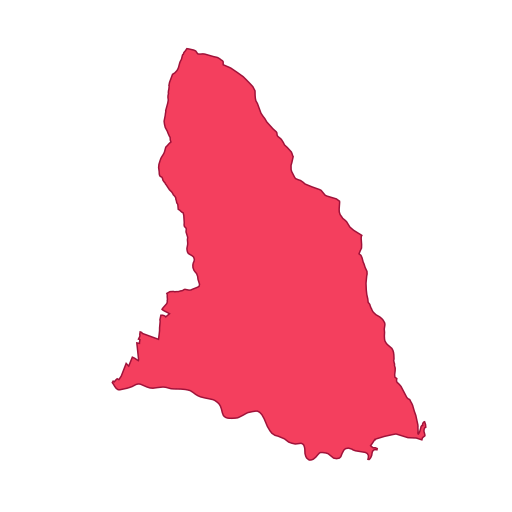 outline of Ideciu De Jos, Mures, Romania, rotated 265°
{"feature_id": "2599482B36983639581980", "entity_name": "Ideciu De Jos", "entity_type": "district", "adm_level": 2, "iso_a3": "ROU", "parent_name": "Romania", "parent_adm1": "Mures", "projection": "robinson", "projection_center": [24.799, 46.828], "detail": "fine", "context": "isolated", "style": "filled", "palette": "rose", "viewbox_px": 512, "rotation_deg": 265, "n_neighbors": 0, "source": "geoboundaries", "source_scale": "gbopen_adm2", "svg_char_len": 6056}
<svg xmlns="http://www.w3.org/2000/svg" viewBox="0 0 512 512"><g transform="rotate(265 256 256)"><path d="M189.8,135.4L190.3,134.5L190.5,134.0L188.1,133.4L186.6,133.4L185.6,133.0L183.7,131.8L183.4,131.7L183.3,132.3L182.8,133.1L180.5,132.5L179.1,132.3L179.8,129.7L163.4,130.0L162.5,129.9L162.0,129.6L164.8,126.1L166.0,124.0L157.4,119.6L160.3,117.3L148.1,111.3L144.8,108.6L145.8,107.0L144.6,105.4L143.0,103.8L143.8,102.8L142.4,101.8L140.7,102.8L138.4,103.9L136.3,105.2L135.0,106.7L134.7,107.5L134.6,108.7L135.5,116.0L136.0,118.3L136.7,121.1L138.5,125.4L138.8,127.4L138.6,128.9L138.3,129.9L135.0,136.0L133.8,138.9L133.3,141.8L133.5,146.1L133.6,151.4L133.5,152.6L133.0,154.9L131.2,159.8L130.7,163.0L130.0,169.5L129.2,173.9L128.5,176.4L127.6,178.8L125.6,181.4L123.5,183.7L121.9,185.9L120.5,188.5L119.0,192.9L117.9,196.7L116.6,200.8L115.6,202.5L113.4,205.0L111.7,206.4L109.7,207.4L106.7,208.2L102.8,208.8L100.0,209.6L98.8,210.5L97.8,211.8L97.1,213.3L96.7,215.1L96.4,218.1L96.3,221.3L96.4,223.6L96.9,225.1L98.5,229.1L100.1,232.6L100.7,234.2L101.3,238.9L101.5,242.2L101.3,244.0L99.9,246.1L97.5,248.0L93.3,249.9L85.2,252.5L80.6,254.7L78.0,256.4L75.7,259.3L74.6,262.3L71.4,268.4L67.8,272.3L66.4,275.3L65.3,278.7L65.5,284.6L64.8,286.0L63.5,287.1L61.5,287.6L59.7,287.8L54.9,287.6L52.2,288.1L50.4,288.8L48.4,290.8L48.0,291.8L48.1,293.7L48.6,295.4L50.4,298.0L52.8,300.4L54.2,302.0L54.6,303.1L54.4,305.3L53.7,308.4L52.8,310.6L47.9,315.7L47.1,318.6L47.4,321.4L48.7,323.0L51.9,324.6L55.0,326.6L56.3,328.4L56.6,331.3L55.2,334.8L54.4,335.7L53.3,338.1L50.8,347.8L49.5,349.7L47.4,350.6L45.3,350.3L43.7,349.8L43.4,350.9L44.0,351.7L45.3,352.8L46.6,353.5L47.4,353.9L50.1,354.6L51.3,355.1L52.2,356.1L52.7,357.0L52.7,357.9L52.4,359.6L53.6,360.0L54.6,358.1L54.8,355.9L57.0,353.6L59.3,355.6L62.9,358.4L62.6,358.8L62.9,359.0L63.3,359.6L65.1,368.2L66.2,376.6L66.5,379.6L66.4,380.3L61.8,391.5L60.7,399.8L58.4,405.2L60.4,406.0L62.2,408.6L63.4,408.6L66.9,408.0L68.8,408.4L70.3,409.2L70.6,410.2L73.4,410.2L76.2,409.5L76.0,408.7L75.2,407.9L74.3,407.4L73.7,407.2L72.6,407.3L72.5,406.3L71.7,405.6L69.7,404.9L66.6,403.7L64.5,402.3L64.7,401.9L65.6,401.8L67.3,402.2L70.8,402.3L72.1,402.5L73.8,402.5L83.3,401.3L87.5,400.2L93.6,399.0L95.6,398.3L97.3,397.5L99.2,396.8L99.8,396.4L100.0,395.8L100.5,395.1L101.9,393.9L105.0,392.6L113.4,389.1L115.4,387.7L116.9,386.5L117.4,385.8L118.2,385.4L119.1,385.1L120.7,385.3L121.6,385.6L123.2,383.8L125.7,383.8L129.6,384.6L132.2,384.9L134.8,384.4L136.4,384.6L137.6,384.3L138.7,384.2L139.7,384.0L141.4,384.5L145.6,384.7L147.9,384.6L149.9,384.2L151.4,383.6L152.2,383.2L156.5,379.0L158.2,377.9L160.2,377.0L162.1,376.8L165.1,376.9L168.7,377.4L172.0,377.4L176.2,378.4L177.5,378.4L178.3,378.3L181.1,377.0L182.7,375.8L184.6,373.9L187.0,370.4L189.4,368.3L190.5,367.5L192.7,366.6L193.0,366.6L195.1,365.7L195.5,365.7L196.7,365.3L197.6,365.2L198.6,364.7L200.0,363.7L203.6,363.6L208.0,363.0L212.5,362.9L219.2,363.2L226.3,364.5L228.4,365.1L231.0,365.2L235.1,363.7L238.7,362.9L240.7,362.2L244.9,361.5L247.5,360.6L249.2,358.8L252.3,360.4L254.7,361.8L258.2,362.2L264.4,362.3L266.3,362.6L267.3,363.2L273.1,355.5L276.7,352.0L282.3,349.2L284.0,347.7L285.9,345.7L288.1,344.5L289.9,343.4L292.6,342.8L295.3,342.9L302.2,344.0L303.3,344.0L305.9,341.0L309.6,331.7L310.5,330.2L315.7,326.6L316.6,325.2L320.0,317.8L323.4,311.2L325.3,309.4L327.3,307.0L328.4,304.5L329.7,302.1L331.1,301.3L337.0,298.9L339.0,298.5L343.2,298.8L345.8,299.8L351.8,301.7L353.2,301.1L354.2,301.0L356.5,300.3L361.4,296.6L364.1,294.1L366.7,293.1L369.6,291.6L370.6,290.9L373.1,288.3L373.9,287.8L374.4,287.6L376.9,287.5L377.8,287.1L381.3,283.9L388.6,278.4L392.0,276.8L394.5,275.2L397.8,273.4L407.8,270.7L410.6,269.4L413.1,269.1L415.9,269.1L420.6,269.4L425.0,267.6L429.7,263.9L435.6,259.0L440.0,253.9L445.4,247.3L449.4,240.0L452.3,240.2L453.0,239.9L453.5,239.5L454.5,238.2L455.5,237.2L456.9,235.3L457.3,234.4L458.3,231.2L461.6,222.6L462.0,220.6L462.0,217.8L462.3,215.9L462.9,215.3L465.5,213.8L466.6,211.9L468.1,207.2L468.6,205.2L466.4,203.4L465.0,201.9L463.9,201.5L463.2,201.1L463.0,200.6L462.6,200.3L458.5,198.9L456.2,197.4L454.9,196.8L450.5,195.2L448.7,194.2L447.6,193.4L445.5,191.1L444.5,189.2L444.3,188.7L436.5,185.0L433.4,184.1L433.1,184.3L432.3,184.2L429.7,183.7L428.2,183.2L426.5,182.9L425.8,182.9L425.6,183.0L423.3,182.3L421.6,182.1L419.3,182.2L418.6,182.1L416.0,181.4L408.7,178.7L407.6,178.7L405.1,178.0L404.6,178.0L398.3,176.2L395.4,176.3L392.0,176.8L387.8,178.6L386.2,179.0L383.0,180.1L381.6,180.8L379.0,180.7L377.0,181.2L376.6,180.8L376.2,180.0L374.9,178.5L373.9,177.5L372.3,175.6L367.4,173.8L365.7,172.8L362.4,170.3L361.0,169.5L359.2,168.7L355.8,167.3L352.6,166.7L348.4,166.9L346.2,166.8L345.2,166.9L344.0,167.3L343.4,167.9L343.0,168.8L342.5,169.2L341.4,169.6L339.6,169.9L337.8,170.9L336.9,171.7L336.1,171.9L335.5,172.2L334.8,172.7L329.6,175.5L327.1,177.6L325.5,178.5L324.3,178.9L322.7,180.2L321.0,181.1L319.5,181.1L317.8,181.5L316.5,181.6L315.6,181.8L314.9,182.3L314.0,182.6L309.3,182.6L308.4,183.9L306.9,185.2L306.0,186.1L305.4,187.2L302.6,187.6L295.3,187.4L293.4,187.1L292.6,187.1L291.6,187.3L290.0,188.6L289.5,188.8L289.0,188.9L286.9,188.5L286.0,188.4L280.5,189.6L278.2,189.1L274.9,189.1L273.3,188.9L269.8,187.9L268.9,187.8L267.2,187.9L266.0,188.1L264.4,188.8L263.5,190.0L261.9,192.3L260.5,193.7L258.2,194.3L256.3,193.9L254.5,192.9L252.5,192.3L249.9,192.2L247.3,192.9L245.6,193.9L243.6,195.3L240.7,196.1L237.7,196.2L232.8,197.3L230.8,196.7L230.5,196.2L229.9,194.8L228.3,189.4L227.8,188.2L227.8,186.4L229.0,182.3L228.8,181.4L228.2,180.3L228.0,179.9L227.8,178.7L227.8,177.8L227.4,176.1L227.3,175.6L227.5,173.3L227.4,172.0L227.8,170.9L227.9,170.5L228.0,167.4L227.9,166.9L226.5,163.9L226.0,164.1L224.7,164.2L223.1,164.0L220.5,164.0L219.0,163.6L218.3,163.7L217.6,163.5L216.3,162.9L212.5,158.9L211.1,157.7L210.5,158.2L209.3,159.8L207.3,163.0L206.0,164.8L203.2,160.8L203.9,160.3L204.6,159.2L204.9,158.4L205.2,157.6L205.3,156.1L200.7,154.7L200.3,154.8L199.1,154.8L192.9,153.7L189.9,153.4L186.4,152.7L181.5,151.6L188.8,136.0L189.3,135.8L189.8,135.4Z" fill="#f43f5e" stroke="#9f1239" stroke-width="1.5"/></g></svg>